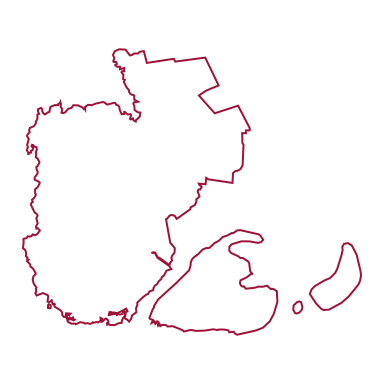 Canal - Fanafo, Sanma, Vanuatu
{"feature_id": "77236927B64905396997634", "entity_name": "Canal - Fanafo", "entity_type": "district", "adm_level": 2, "iso_a3": "VUT", "parent_name": "Vanuatu", "parent_adm1": "Sanma", "projection": "albers", "projection_center": [167.121, -15.5], "detail": "fine", "context": "isolated", "style": "outline", "palette": "rose", "viewbox_px": 384, "rotation_deg": 0, "n_neighbors": 0, "source": "geoboundaries", "source_scale": "gbopen_adm2", "svg_char_len": 5909}
<svg xmlns="http://www.w3.org/2000/svg" viewBox="0 0 384 384"><path d="M35.3,293.2L36.6,295.5L42.9,293.1L47.6,295.1L48.3,296.4L47.5,301.5L48.8,302.6L51.7,300.3L52.5,304.1L54.3,303.7L54.9,304.3L54.2,305.3L54.5,306.6L60.4,310.2L62.1,312.3L62.4,315.3L64.0,317.0L64.8,316.6L65.7,317.3L66.1,313.3L70.5,313.6L69.3,315.0L67.6,315.0L66.6,316.3L67.5,317.9L67.5,319.4L69.7,317.4L71.3,318.7L72.9,317.4L73.2,319.0L74.7,319.7L73.7,320.4L70.9,319.1L67.3,319.7L67.9,321.8L71.5,323.7L75.3,323.6L75.9,324.3L79.9,322.2L83.2,322.6L85.2,323.6L87.1,323.1L90.0,323.9L91.7,323.4L92.7,322.3L93.7,322.8L96.5,322.0L97.9,322.5L100.8,320.5L100.5,317.9L102.3,318.8L101.3,320.2L101.3,321.8L102.4,321.6L105.4,318.7L106.4,318.7L108.1,320.4L108.4,322.2L107.0,323.1L107.1,324.7L109.0,324.1L110.0,325.0L114.8,325.1L118.2,323.3L121.6,322.9L122.0,320.2L123.4,317.4L125.0,315.8L125.0,312.6L123.5,311.7L122.5,313.9L119.8,314.6L118.5,314.1L116.8,315.1L115.8,313.8L108.8,315.0L108.9,314.0L110.7,312.8L109.8,312.2L110.7,311.9L112.8,313.2L113.3,312.4L117.3,313.1L123.3,310.4L124.7,311.0L124.4,309.4L126.3,308.6L127.5,311.3L125.9,312.2L125.2,316.3L124.6,317.4L125.3,318.8L126.8,319.2L129.1,321.6L130.9,319.3L132.3,315.2L136.4,312.2L136.0,308.4L137.3,305.2L137.3,302.6L142.5,297.6L146.3,294.6L148.0,294.1L149.4,291.5L153.3,290.0L153.5,288.0L154.9,285.5L156.8,284.5L158.8,281.2L161.3,278.9L161.8,277.2L163.9,275.6L166.5,270.6L171.3,269.1L169.3,266.0L157.4,257.7L155.0,252.9L151.5,253.0L152.9,252.3L155.2,252.6L157.7,257.4L159.8,258.1L169.5,265.1L170.2,262.5L172.1,260.6L171.4,257.7L172.1,255.7L174.5,252.8L174.8,248.2L170.2,242.5L166.0,219.2L167.0,218.8L169.4,215.8L171.3,214.9L174.6,215.7L176.7,218.9L190.4,209.1L190.6,207.3L194.9,205.0L196.5,201.1L196.3,199.4L199.5,196.5L197.7,191.5L198.5,189.4L200.1,189.6L201.5,187.3L201.6,186.6L199.5,185.0L198.8,183.6L205.5,184.3L206.3,177.9L208.2,179.3L232.5,182.9L233.0,173.1L235.3,171.1L237.7,170.7L240.6,168.9L242.6,165.4L243.5,144.8L242.4,142.9L242.2,133.1L245.9,133.1L245.9,130.4L249.6,130.4L249.8,128.3L238.1,105.7L214.7,113.3L198.9,95.5L205.8,90.8L218.6,85.4L205.2,57.6L175.2,61.6L173.8,58.8L146.9,62.9L143.8,51.1L140.1,51.7L137.9,53.5L133.9,53.6L131.9,55.0L129.9,55.4L125.5,49.6L119.1,49.3L114.6,51.3L113.0,55.1L114.4,58.3L113.3,60.8L113.7,62.0L115.9,61.9L116.4,62.5L116.9,63.9L115.3,64.9L115.4,65.5L117.2,66.8L120.1,66.7L120.0,69.2L124.3,68.0L124.1,71.3L121.8,71.4L121.5,72.4L123.4,74.8L123.1,79.0L124.8,79.9L123.8,81.9L126.9,87.8L128.8,89.9L129.1,92.0L130.6,94.2L134.2,95.4L134.3,99.6L138.0,101.7L134.1,102.3L133.3,103.4L134.3,106.0L134.6,110.0L138.2,112.5L140.0,112.4L140.5,112.9L139.6,116.9L135.7,120.4L135.7,121.5L133.6,120.5L132.9,118.4L130.8,119.5L130.0,119.0L131.1,115.3L130.3,114.0L127.9,114.6L124.7,111.9L124.2,112.0L124.3,113.9L121.6,114.2L119.8,110.0L119.2,106.7L117.8,105.2L116.4,105.0L115.2,103.0L114.1,102.8L107.2,104.6L103.9,102.2L102.5,102.1L96.0,103.5L91.8,105.2L88.2,104.8L85.2,106.8L85.2,109.5L84.5,108.3L83.7,109.0L82.6,107.5L78.1,105.4L73.4,105.2L71.4,107.9L68.2,108.8L65.1,112.4L63.1,113.2L61.5,112.7L62.3,109.2L60.7,107.1L60.9,103.7L60.4,102.1L60.0,103.4L58.4,103.8L58.2,105.1L54.6,105.1L50.5,106.9L49.3,112.0L47.4,112.5L45.4,114.3L44.7,114.4L43.2,113.0L42.3,111.3L42.3,109.3L41.0,107.9L38.0,109.3L38.0,111.6L39.1,113.9L37.5,114.4L37.3,119.3L35.9,121.4L35.8,123.4L33.9,126.2L29.9,127.9L29.1,130.3L29.7,132.3L27.8,134.1L27.0,135.9L28.8,139.2L27.1,144.8L27.9,147.0L26.8,150.2L28.0,152.2L28.5,154.9L29.1,152.9L31.1,152.6L31.0,150.9L32.6,150.1L33.1,148.0L31.5,146.2L32.1,144.8L33.3,145.1L34.1,146.5L36.4,147.1L36.9,149.5L35.8,152.3L36.3,153.5L35.8,157.3L37.7,158.7L39.5,162.3L37.6,166.1L36.3,167.2L36.8,170.1L37.7,171.4L37.5,173.6L34.7,177.4L34.6,179.7L38.6,181.6L39.7,182.6L39.5,183.7L37.6,187.2L35.1,189.3L35.1,193.0L35.9,194.7L34.4,197.6L32.0,199.8L32.8,202.0L31.4,202.9L30.8,204.5L34.5,212.3L37.0,214.2L37.6,215.6L36.3,218.4L37.7,223.2L36.0,226.7L36.4,228.6L37.7,228.1L39.9,230.6L37.0,234.3L34.8,235.2L32.7,234.4L31.7,235.9L29.7,236.7L27.8,236.3L26.5,238.2L23.9,238.7L23.3,239.4L23.7,241.4L23.0,248.3L25.3,250.1L26.2,253.5L25.9,256.2L27.5,257.6L27.2,259.3L28.5,259.8L27.0,261.1L30.3,264.6L30.4,266.5L32.8,268.4L35.5,272.6L35.7,274.0L33.4,276.4L32.7,279.7L33.8,283.9L36.5,287.5L35.8,289.0L36.3,291.5L35.3,293.2ZM240.9,285.6L239.9,283.0L240.5,280.3L247.1,277.1L251.5,273.5L252.9,274.5L250.2,271.4L249.2,263.3L248.3,261.5L242.7,258.0L240.5,258.0L237.9,256.1L231.2,253.0L229.3,250.9L229.4,246.8L231.5,244.3L241.5,241.3L249.7,241.4L257.9,242.9L261.1,242.1L263.2,239.7L260.6,235.9L258.2,234.2L240.1,230.1L236.9,230.5L233.7,232.9L231.7,233.1L227.3,235.5L222.7,237.0L218.7,240.9L214.6,243.0L209.4,247.9L206.1,248.1L202.5,249.6L198.3,254.1L193.7,257.5L192.0,259.4L190.7,262.5L190.6,265.5L189.2,270.2L176.5,282.8L158.1,299.5L154.1,305.9L153.9,307.7L152.8,309.1L149.4,317.8L150.0,318.9L153.0,320.0L151.7,323.0L154.5,321.4L155.3,323.7L157.1,321.3L158.2,321.7L159.1,323.5L157.7,324.1L158.1,325.8L159.8,324.6L160.3,326.1L162.0,325.0L165.6,324.9L167.6,326.5L172.8,326.2L182.4,330.1L184.0,331.5L190.9,329.9L196.0,330.9L204.5,330.6L213.2,329.3L217.6,330.1L218.2,329.6L224.1,329.5L228.4,330.4L229.3,332.3L233.7,331.7L235.2,333.8L237.3,334.7L255.5,330.6L263.0,327.7L269.9,321.2L273.9,313.6L277.4,301.9L276.8,291.1L273.2,288.9L270.7,289.0L267.1,285.7L262.2,286.8L258.5,286.6L254.6,287.8L245.9,288.7L243.7,286.3L242.5,286.6L240.9,285.6ZM329.1,309.6L341.5,302.8L348.8,296.4L358.4,284.6L360.1,280.7L361.0,275.6L360.5,270.9L356.6,254.7L351.9,245.6L348.0,243.1L344.1,243.8L342.3,246.8L342.6,250.3L341.3,255.8L337.3,268.7L335.2,272.9L330.1,278.0L324.1,280.6L315.0,286.0L311.6,289.4L309.8,294.0L316.2,303.6L321.2,308.8L323.5,310.0L329.1,309.6ZM293.7,305.4L293.2,309.7L295.1,313.1L296.3,313.5L299.2,312.7L301.9,309.7L302.4,306.9L301.0,302.0L299.2,301.5L297.1,302.1L293.7,305.4ZM48.9,304.5L48.0,305.1L48.0,307.9L50.4,308.3L50.9,306.3L50.1,304.9L48.9,304.5Z" fill="none" stroke="#9f1239" stroke-width="2"/></svg>